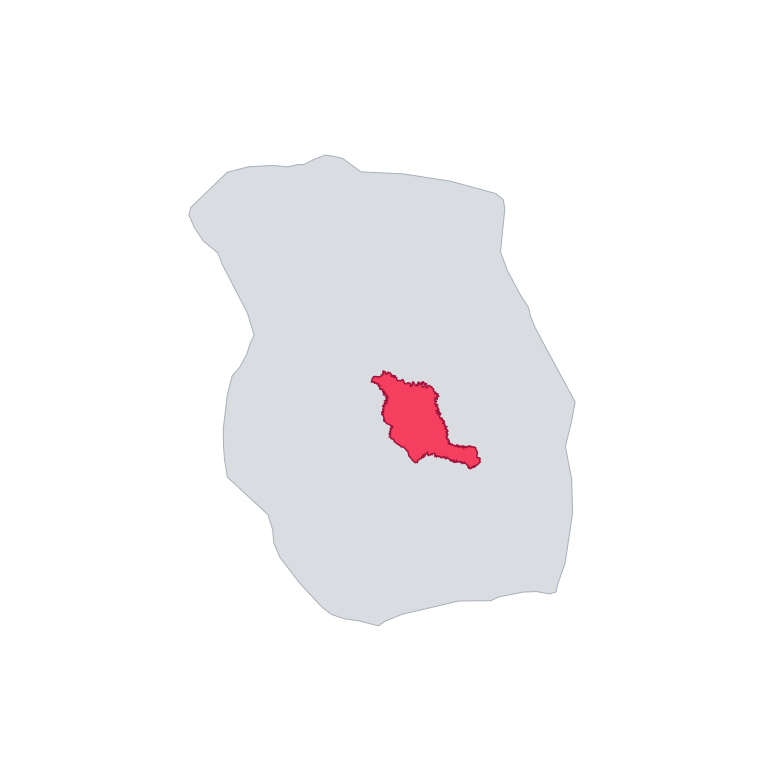 Tenesolo, Thaba-Tseka, Lesotho (highlighted), rotated 124°
{"feature_id": "5366337B90416114409115", "entity_name": "Tenesolo", "entity_type": "district", "adm_level": 2, "iso_a3": "LSO", "parent_name": "Lesotho", "parent_adm1": "Thaba-Tseka", "projection": "equal_earth", "projection_center": [28.295, -29.389], "detail": "fine", "context": "in_parent", "style": "filled", "palette": "rose", "viewbox_px": 768, "rotation_deg": 124, "n_neighbors": 0, "source": "geoboundaries", "source_scale": "gbopen_adm2", "svg_char_len": 7145}
<svg xmlns="http://www.w3.org/2000/svg" viewBox="0 0 768 768"><g transform="rotate(124 384 384)"><path d="M480.8,507.7L463.8,513.9L461.5,514.4L450.6,513.0L436.2,514.4L424.8,517.8L416.0,519.1L401.5,536.9L375.4,584.8L368.4,594.8L366.5,613.6L360.5,628.5L353.1,640.1L345.8,642.9L324.0,638.3L296.1,632.3L279.8,617.9L265.3,598.9L257.7,585.1L249.7,577.6L247.0,573.3L235.6,566.9L231.3,563.6L227.5,561.3L222.9,552.1L220.1,544.1L221.1,521.9L213.1,508.6L199.3,486.0L190.5,467.4L178.6,442.0L171.2,420.3L163.6,397.8L164.5,388.1L171.7,381.5L192.8,370.2L209.2,361.4L220.8,345.3L233.6,321.4L239.8,306.9L246.0,300.3L252.8,290.2L264.7,267.6L277.9,242.5L292.0,215.5L309.9,207.7L334.4,198.7L357.9,175.2L385.9,155.3L431.2,133.7L452.3,128.2L460.3,125.1L465.4,129.2L470.8,141.5L478.4,151.9L496.3,169.8L503.8,174.2L522.2,200.8L541.9,219.0L564.5,240.0L579.9,250.4L587.7,253.3L594.2,271.9L600.8,285.7L604.4,298.6L603.6,311.2L596.4,342.0L585.9,373.4L577.5,386.4L567.2,394.7L557.2,407.1L553.4,432.2L548.8,461.8L535.8,474.0L525.6,482.0L511.7,491.8L480.8,507.7Z" fill="#d9dde1" stroke="#a8b0b8" stroke-width="1"/><path d="M425.1,348.2L425.1,346.5L424.2,345.6L426.0,343.2L426.2,338.1L426.0,335.9L426.5,334.3L425.2,332.6L425.2,331.8L425.7,330.8L425.8,329.7L426.4,328.4L426.9,326.0L429.7,323.1L430.3,320.3L431.2,318.0L431.8,314.2L431.3,314.0L430.4,312.4L429.2,313.2L427.8,312.7L426.6,312.8L425.7,312.3L425.0,311.3L423.3,311.8L423.1,310.5L422.5,310.2L421.5,311.7L421.0,311.9L420.7,311.6L421.3,310.5L420.9,309.9L420.6,310.1L420.8,310.7L420.5,311.0L419.7,310.1L419.0,310.7L418.2,309.8L416.5,309.8L418.3,307.9L418.4,307.2L417.4,307.2L416.8,305.6L415.6,305.8L415.2,305.4L415.3,304.5L414.2,304.4L413.5,303.9L413.3,303.1L413.6,302.3L414.2,301.9L415.0,302.0L415.5,301.3L414.2,301.1L414.1,300.5L414.6,300.2L414.8,299.7L414.2,299.9L413.8,299.6L413.8,298.6L412.8,297.7L413.2,296.9L413.0,295.0L412.8,294.7L412.0,294.8L411.9,294.2L410.6,293.8L410.3,293.5L411.3,292.5L411.5,291.8L410.5,292.0L410.2,291.6L410.8,291.1L410.8,290.5L409.7,290.6L409.4,290.2L409.9,289.3L409.6,288.2L410.1,287.1L409.4,286.0L410.1,286.1L410.4,285.7L409.7,284.4L408.9,284.1L408.8,283.6L409.6,283.4L409.7,281.8L409.2,281.4L408.4,282.2L408.6,281.0L408.5,280.6L407.1,280.9L407.6,280.1L407.1,280.0L407.2,279.3L406.7,278.3L405.7,277.7L406.3,276.8L405.6,276.0L406.1,275.1L404.9,275.2L405.3,273.7L405.1,273.4L404.1,273.4L404.6,272.7L404.1,271.2L404.7,270.0L404.5,269.0L405.1,268.5L405.2,267.5L405.9,267.8L406.0,267.2L406.4,266.7L405.7,265.8L406.0,265.1L404.4,264.3L404.2,264.8L403.7,264.2L403.1,264.3L403.1,263.8L402.8,264.0L402.7,263.3L402.2,263.4L402.0,262.6L401.3,263.0L401.2,262.4L400.6,262.9L400.3,262.3L399.1,261.5L394.7,260.7L394.0,261.9L392.0,262.7L392.0,263.7L392.7,265.2L392.5,266.1L391.0,267.3L390.2,267.4L388.3,268.4L387.0,271.2L385.7,272.4L385.9,273.0L385.7,273.8L387.0,275.9L387.0,276.5L387.5,276.8L387.4,277.3L387.8,277.5L387.4,277.9L387.9,278.3L387.9,279.0L388.9,279.5L389.2,280.0L389.8,279.6L390.3,281.0L391.1,281.1L390.9,282.5L392.1,282.2L391.1,283.2L391.3,283.6L392.1,283.5L391.7,284.4L392.8,284.3L392.6,285.2L392.9,286.4L393.4,286.7L394.1,286.2L394.5,286.4L394.4,287.3L393.8,287.4L394.3,288.3L394.1,288.5L393.5,288.4L393.6,289.0L393.8,289.5L394.4,289.4L394.9,289.9L395.4,289.4L395.7,290.5L395.6,291.3L396.4,293.4L395.9,293.3L395.8,293.8L396.9,294.4L396.1,296.0L396.4,296.4L397.4,296.3L397.4,296.7L396.6,297.3L396.8,298.1L396.6,298.2L396.0,297.0L394.9,298.4L394.3,298.6L394.6,299.5L393.7,300.4L394.3,301.4L393.2,301.8L393.0,302.7L392.6,302.2L391.7,302.9L391.1,302.7L390.6,303.6L390.3,303.0L390.0,303.1L390.1,304.0L388.9,304.5L389.5,305.0L389.0,305.8L388.3,305.7L387.5,304.7L387.0,305.1L386.7,306.5L386.3,306.9L386.9,308.3L386.8,308.7L385.4,308.6L384.4,308.1L384.5,309.7L384.9,310.6L383.3,311.1L382.9,312.3L383.7,313.3L383.2,313.5L382.0,312.8L381.2,313.1L381.1,314.6L380.6,316.0L380.8,316.2L381.5,316.0L381.6,316.5L381.1,316.9L380.3,316.6L379.9,317.0L380.9,318.7L379.8,319.9L378.6,320.2L378.0,321.4L377.7,321.3L377.5,320.5L376.8,320.5L376.7,321.2L377.2,321.9L378.9,321.8L378.5,323.8L376.4,322.4L376.1,322.6L376.3,324.1L377.2,325.1L377.0,325.7L375.4,325.4L375.6,324.3L374.6,324.2L374.0,325.7L373.1,326.8L373.5,328.5L372.9,328.7L371.4,327.8L371.4,328.9L372.1,330.5L370.5,331.0L369.1,330.7L368.9,331.1L369.6,332.3L369.5,332.7L369.1,333.0L367.9,332.9L367.0,333.8L366.7,333.4L367.0,331.8L366.8,331.4L365.9,331.9L365.2,332.9L364.3,332.6L363.8,331.7L363.5,331.8L363.4,333.8L362.3,333.6L362.1,334.0L363.4,336.0L363.4,336.4L362.8,336.6L362.0,336.4L361.9,336.7L362.6,338.3L361.6,339.5L360.6,339.8L360.3,342.0L359.6,343.0L360.2,344.3L359.9,345.7L360.1,346.0L361.3,346.4L362.6,346.0L363.2,346.3L363.4,346.8L362.6,348.2L361.0,348.2L360.2,348.6L360.1,349.4L360.6,350.2L362.3,350.2L364.0,349.5L364.6,349.8L364.9,350.4L364.6,351.6L364.1,352.2L360.4,351.8L360.3,352.5L360.5,353.1L362.0,353.7L363.8,353.8L363.9,354.6L363.0,355.6L363.2,356.3L363.7,356.6L365.0,356.2L366.1,356.4L365.8,355.0L366.7,355.1L367.6,357.5L366.0,360.3L366.0,361.1L367.3,361.2L368.2,360.4L369.4,360.0L370.3,360.0L371.1,360.4L370.8,361.3L369.3,361.8L369.0,363.2L369.4,364.5L370.3,365.3L371.4,365.6L371.9,366.9L371.6,368.2L370.0,370.1L370.0,371.1L372.1,372.0L372.4,373.1L373.7,374.6L373.4,375.8L371.8,376.9L372.1,378.5L372.9,379.3L372.9,379.7L372.2,379.9L371.3,378.9L371.0,379.2L372.2,381.8L373.2,381.4L373.5,381.9L373.2,382.7L371.7,383.9L371.4,385.0L371.7,386.6L372.1,387.2L373.7,386.9L374.6,387.6L374.4,388.4L373.2,389.2L373.6,391.8L375.1,391.5L375.5,390.9L375.6,390.1L377.2,390.5L378.1,391.2L378.2,390.6L379.2,390.8L379.9,391.0L380.9,391.9L381.4,393.2L382.0,393.7L382.2,394.9L383.8,396.7L385.7,396.7L389.1,395.8L389.3,395.3L388.7,395.2L388.6,393.9L387.5,393.1L387.7,392.7L388.6,392.2L387.5,391.0L387.3,390.1L387.8,389.9L387.3,389.3L387.1,388.6L387.5,388.2L388.0,388.2L388.4,387.7L388.0,386.8L388.7,387.3L389.2,385.2L390.5,384.8L390.5,384.3L389.9,383.9L390.1,382.8L389.3,382.4L389.7,382.1L389.6,380.8L390.1,380.0L390.5,380.1L391.0,380.8L391.2,380.6L391.3,378.9L390.5,378.8L390.4,378.3L391.5,378.1L392.1,379.0L393.2,378.4L392.7,377.1L391.5,376.4L392.1,374.1L392.9,374.1L393.2,374.9L393.5,375.1L393.2,374.0L393.2,373.1L393.6,373.1L394.1,374.1L394.7,374.2L395.1,373.3L395.8,373.4L395.9,372.8L395.5,372.6L395.4,372.1L396.0,371.7L395.8,372.5L396.9,372.3L397.0,373.6L397.3,373.9L397.4,372.7L397.9,372.4L398.4,372.7L398.6,371.6L399.1,372.5L399.5,371.5L399.9,371.7L400.1,372.5L400.8,371.6L401.7,372.5L402.5,371.8L402.6,372.8L402.9,372.8L403.3,372.4L402.8,371.6L403.7,371.1L403.8,370.6L404.7,370.9L405.4,369.9L405.8,370.6L407.3,369.1L407.4,369.9L408.1,370.0L407.9,369.3L408.1,368.8L408.6,368.8L409.0,369.3L409.4,368.5L409.7,369.1L410.5,368.8L410.4,367.1L413.3,363.9L413.3,362.8L414.0,364.1L414.7,363.5L414.7,361.4L415.2,359.4L414.6,356.6L414.4,353.1L414.7,353.2L414.7,353.5L415.2,353.1L415.3,353.7L415.5,353.2L415.9,353.7L416.3,353.0L416.6,353.4L417.0,353.1L417.5,353.4L417.5,353.0L418.0,352.7L418.4,353.0L419.1,352.3L419.9,352.6L420.1,352.0L420.4,352.3L421.1,352.1L421.5,351.1L422.1,351.4L422.0,351.0L422.2,350.5L423.0,350.9L423.1,350.3L423.9,349.8L424.2,349.2L424.6,349.5L424.4,348.8L425.1,348.2Z" fill="#f43f5e" stroke="#9f1239" stroke-width="1.5"/></g></svg>